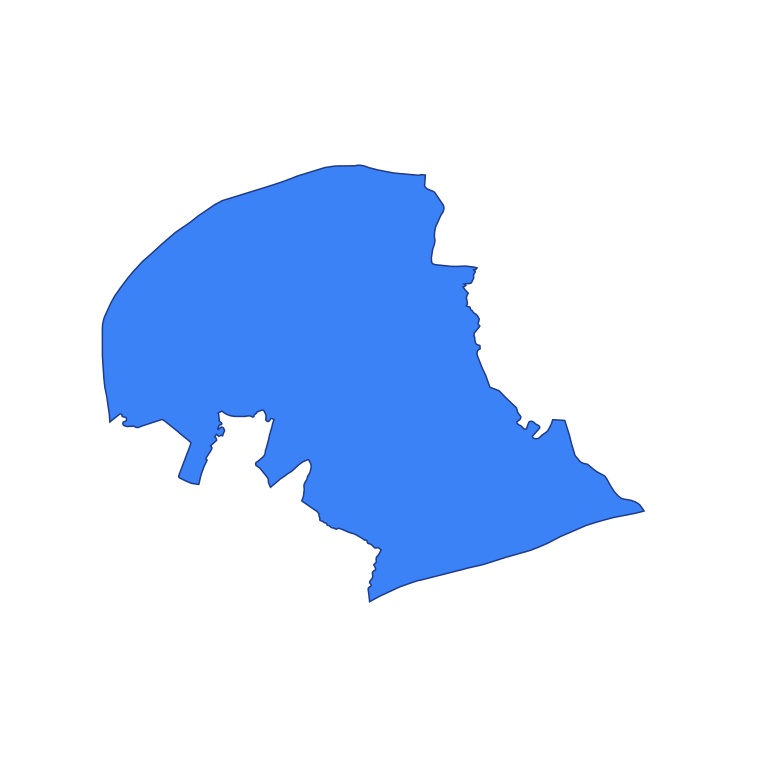 Mo Cay Bac, Bến Tre, Vietnam, rotated 288°
{"feature_id": "81297802B92984212454641", "entity_name": "Mo Cay Bac", "entity_type": "district", "adm_level": 2, "iso_a3": "VNM", "parent_name": "Vietnam", "parent_adm1": "Bến Tre", "projection": "albers", "projection_center": [106.276, 10.167], "detail": "fine", "context": "isolated", "style": "filled", "palette": "blue", "viewbox_px": 768, "rotation_deg": 288, "n_neighbors": 0, "source": "geoboundaries", "source_scale": "gbopen_adm2", "svg_char_len": 6166}
<svg xmlns="http://www.w3.org/2000/svg" viewBox="0 0 768 768"><g transform="rotate(288 384 384)"><path d="M463.9,138.9L449.3,130.0L435.0,121.9L425.8,116.4L419.1,113.4L413.3,110.7L410.6,109.6L405.3,107.5L394.2,103.7L384.8,100.8L377.4,99.3L362.1,97.5L359.2,97.4L353.5,98.0L349.4,99.1L323.7,107.5L303.4,115.6L294.8,119.4L286.4,124.2L270.1,132.2L263.2,135.0L273.8,142.0L274.2,143.0L273.8,144.1L272.2,145.1L272.1,146.4L272.5,147.8L272.4,148.8L271.7,149.8L270.2,150.2L269.0,150.0L268.0,148.6L267.1,147.7L266.1,147.7L265.0,148.2L264.1,149.5L264.1,152.1L264.4,153.6L265.1,154.9L265.5,156.4L266.5,158.6L266.6,159.5L266.2,160.8L266.2,162.5L266.7,163.7L269.1,166.6L281.5,183.6L281.6,184.7L281.0,187.0L274.8,203.3L274.3,204.2L269.4,216.8L268.5,218.4L266.4,218.7L233.4,217.1L231.9,217.7L231.4,219.2L230.5,225.6L230.0,231.5L230.7,235.9L231.3,238.9L239.2,238.2L243.1,238.1L250.4,238.4L257.0,239.3L257.2,238.3L257.5,237.9L258.4,237.6L267.0,239.9L269.6,240.2L270.0,240.2L270.5,239.8L271.1,239.1L271.6,238.1L277.9,241.8L278.8,242.2L279.8,241.7L280.5,241.1L280.8,240.7L281.5,239.2L284.4,240.3L283.2,243.0L284.9,245.0L284.8,246.5L288.2,246.6L290.4,246.8L292.0,245.5L292.5,245.0L292.8,244.4L292.9,243.3L292.8,242.8L292.2,242.0L289.8,240.6L289.7,240.0L289.8,239.9L290.9,239.7L294.1,240.1L295.1,241.9L295.5,242.1L296.2,242.0L296.8,241.5L297.1,240.9L297.5,239.2L297.9,238.8L298.3,238.6L299.7,238.2L301.6,237.2L303.6,236.4L305.1,235.2L308.1,238.2L307.1,241.1L306.5,244.3L306.4,248.1L307.0,251.9L310.1,261.6L311.8,264.9L312.3,266.9L312.0,268.7L312.0,269.4L312.8,270.4L313.3,270.2L314.1,270.1L314.6,270.3L316.9,271.7L317.4,271.6L317.6,271.5L318.7,272.6L321.0,275.4L321.5,276.2L321.7,276.9L321.7,277.5L321.5,278.0L318.4,281.0L317.8,281.4L316.2,282.0L313.9,282.4L313.3,282.7L312.7,283.6L312.4,284.3L312.4,285.1L312.9,285.9L313.5,286.3L316.2,287.2L316.4,287.7L316.3,290.4L312.1,290.3L309.0,290.6L300.0,290.9L295.6,291.4L285.8,291.9L284.4,291.8L283.6,291.9L281.8,292.3L280.0,292.4L278.0,291.8L276.6,291.1L272.2,288.4L270.0,286.7L269.3,286.5L268.3,286.6L267.0,287.4L265.7,291.8L259.6,301.2L258.3,302.9L256.8,303.7L254.7,304.5L252.2,306.5L250.7,308.0L259.5,313.5L261.6,314.6L265.6,317.9L268.5,319.8L271.2,322.1L273.0,323.5L277.4,326.0L280.7,327.8L282.5,329.1L284.7,330.7L288.7,335.1L288.6,335.8L286.1,338.4L285.0,339.3L282.9,340.3L282.2,340.5L277.4,340.9L275.9,340.7L273.1,340.0L271.9,339.9L269.9,340.1L268.7,340.0L267.0,339.4L264.3,339.1L262.9,339.2L261.6,339.6L260.2,340.3L258.3,340.9L252.1,342.1L249.0,342.0L247.4,341.9L242.7,357.5L242.5,358.5L242.2,359.6L240.8,361.7L240.1,362.3L238.0,363.2L237.3,364.0L236.3,364.6L235.6,364.6L234.8,365.0L234.5,365.4L234.4,367.5L233.7,370.2L233.8,371.7L233.5,372.7L232.5,373.2L232.1,374.0L232.3,375.5L232.1,376.4L231.4,377.7L231.2,378.7L231.4,380.2L231.4,381.3L231.1,382.2L231.1,383.5L232.2,384.6L232.9,385.6L232.9,387.5L232.1,396.6L232.2,402.1L231.9,404.5L230.2,412.0L229.7,412.9L229.5,413.7L230.1,415.4L229.7,416.2L228.5,416.9L227.7,417.6L227.5,418.7L227.5,421.0L227.1,422.3L225.4,425.3L225.3,426.5L225.8,427.6L226.5,428.8L226.4,429.9L226.0,430.7L225.5,432.6L220.7,431.8L218.7,431.1L217.3,430.4L215.9,430.4L214.4,430.8L212.9,431.5L211.8,431.5L210.8,431.1L209.2,430.2L208.7,430.2L206.5,432.6L205.5,433.2L204.9,433.2L204.3,433.1L202.5,431.6L201.7,431.3L200.9,431.3L200.0,431.6L197.8,432.7L196.6,432.9L195.2,432.7L192.0,431.5L191.0,431.5L190.5,431.8L189.7,433.0L188.9,433.9L188.3,434.1L187.8,434.0L187.2,433.7L186.2,432.7L185.4,432.3L184.1,432.2L179.9,434.3L172.5,437.6L180.2,444.8L192.5,458.0L196.5,462.4L203.3,471.3L207.0,476.3L209.4,480.4L230.1,513.2L231.3,515.2L234.5,520.0L242.8,533.9L256.5,553.0L271.0,574.6L276.9,581.8L283.3,589.0L293.3,598.8L311.8,619.8L317.2,627.3L323.1,636.0L328.4,644.3L338.4,662.4L342.5,669.0L343.6,670.6L346.4,667.0L348.2,664.4L349.0,662.0L349.6,659.2L349.7,654.6L348.7,647.9L348.6,646.6L348.7,644.7L349.8,641.5L352.7,636.4L357.4,630.7L362.5,625.3L364.7,622.4L366.4,613.3L367.9,609.0L370.5,602.6L370.5,601.6L370.1,598.4L370.2,596.9L370.7,594.7L375.0,587.8L385.3,580.7L392.7,576.1L405.2,567.2L402.2,555.5L397.5,555.5L393.2,554.8L390.2,554.2L388.6,553.4L384.4,550.2L380.5,548.1L379.4,546.6L378.7,544.8L378.7,542.8L379.3,541.8L379.9,541.4L380.6,541.5L389.2,545.3L390.5,545.6L391.5,545.2L392.2,544.1L392.9,540.4L393.8,538.6L394.2,537.2L394.2,535.9L393.8,534.8L393.0,533.8L391.5,533.5L386.3,533.3L384.8,532.9L384.5,532.1L384.7,530.8L386.2,528.0L386.7,526.3L386.9,524.5L387.7,522.8L388.8,522.1L389.6,522.4L391.3,523.7L392.6,524.4L394.1,524.5L395.3,524.2L396.2,522.9L397.3,521.2L398.4,519.9L402.3,517.3L408.7,503.9L413.1,495.6L413.7,485.7L423.1,478.5L430.2,471.9L441.2,462.9L441.5,463.2L443.0,462.8L444.2,462.8L445.0,462.9L446.0,463.5L447.4,464.6L448.1,464.1L449.8,463.6L450.1,463.4L450.3,462.5L450.1,461.0L450.3,460.1L450.7,459.0L451.9,458.0L453.4,457.1L456.7,455.6L457.6,454.6L457.9,454.7L460.2,454.0L467.7,457.0L468.8,457.2L469.2,456.7L469.8,455.3L470.3,454.9L470.7,454.7L472.6,454.8L475.0,454.6L475.5,454.3L477.8,451.8L478.4,450.7L478.8,449.8L479.0,448.5L479.7,446.7L480.9,445.4L481.2,444.8L481.3,443.9L481.9,443.1L483.4,442.3L483.7,441.8L483.7,438.2L484.1,438.1L485.6,438.5L486.7,438.3L491.8,435.6L494.2,435.6L496.4,436.1L496.8,435.2L498.9,431.7L500.7,429.2L501.5,430.2L502.4,431.0L503.2,431.4L503.8,429.2L504.4,430.3L505.2,432.0L505.9,434.2L506.4,435.1L507.0,435.6L507.7,436.0L508.8,436.0L511.6,436.5L512.7,436.5L515.5,435.4L518.1,436.1L519.0,436.1L519.4,435.9L519.8,434.3L520.2,433.9L520.7,434.3L521.1,435.7L521.8,436.3L523.2,436.6L523.0,433.6L522.7,431.8L521.3,424.9L518.2,416.6L516.6,411.3L513.6,397.2L513.2,394.1L513.8,392.5L514.8,391.6L516.7,390.8L519.0,390.0L526.9,388.7L533.0,388.7L534.3,388.5L536.3,388.1L539.9,386.3L544.1,385.2L549.4,384.5L555.7,385.3L559.2,385.6L562.7,386.1L565.9,387.0L569.1,386.9L570.9,386.2L572.5,385.1L581.6,373.3L582.1,372.4L582.4,371.5L582.8,365.3L583.2,364.0L584.1,362.3L584.9,361.4L595.5,358.8L594.7,354.9L593.2,352.3L587.6,327.8L585.7,312.1L585.1,302.7L585.3,298.5L584.8,294.3L584.0,291.5L582.5,288.8L576.3,270.4L571.6,260.9L555.2,237.6L549.3,230.4L544.4,224.2L535.1,211.4L508.4,173.5L502.4,167.7L486.2,155.2L477.9,149.7L463.9,138.9Z" fill="#3b82f6" stroke="#1e3a8a" stroke-width="1.5"/></g></svg>